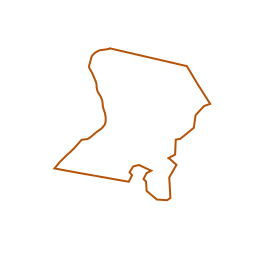 the district of Cabell, West Virginia, United States of America, rotated 332°
{"feature_id": "52423323B7608652803448", "entity_name": "Cabell", "entity_type": "district", "adm_level": 2, "iso_a3": "USA", "parent_name": "United States of America", "parent_adm1": "West Virginia", "projection": "robinson", "projection_center": [-82.288, 38.414], "detail": "fine", "context": "isolated", "style": "outline", "palette": "amber", "viewbox_px": 256, "rotation_deg": 332, "n_neighbors": 0, "source": "geoboundaries", "source_scale": "gbopen_adm2", "svg_char_len": 937}
<svg xmlns="http://www.w3.org/2000/svg" viewBox="0 0 256 256"><g transform="rotate(332 128 128)"><path d="M211.9,145.3L210.1,122.2L209.0,101.0L149.3,49.1L148.1,49.2L139.4,46.1L137.1,45.9L133.6,46.2L130.1,47.4L129.1,48.2L124.5,53.1L122.9,54.7L122.1,56.3L122.0,57.5L122.2,63.0L121.3,72.6L120.6,74.9L119.7,76.7L118.7,79.4L118.3,81.9L118.6,87.7L118.2,91.3L117.4,93.8L115.9,97.1L115.2,100.3L114.7,103.8L113.2,108.4L111.0,112.2L108.7,114.3L104.9,115.9L97.8,116.9L90.0,118.6L87.1,118.8L81.5,116.6L70.8,120.7L70.2,120.8L66.2,122.0L61.6,123.1L51.8,126.0L44.1,129.2L50.4,134.2L63.4,144.5L103.4,175.8L104.2,175.2L109.4,171.7L108.6,167.8L114.5,164.4L120.3,165.8L128.4,176.6L123.3,176.5L117.7,180.4L118.8,183.7L114.9,192.3L119.9,204.7L128.6,210.1L132.6,209.7L141.2,191.0L153.5,183.3L150.1,174.1L148.7,173.5L157.1,173.6L164.7,160.7L169.1,162.1L186.2,158.7L193.7,148.4L205.5,144.3L211.9,145.3Z" fill="none" stroke="#b45309" stroke-width="2"/></g></svg>